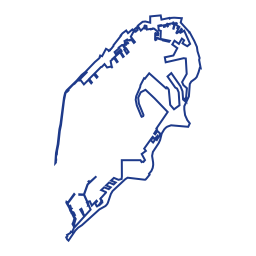 outline of Port Alexandria Police Department, Al Iskandariyah, Egypt
{"feature_id": "37247803B3923529194747", "entity_name": "Port Alexandria Police Department", "entity_type": "district", "adm_level": 2, "iso_a3": "EGY", "parent_name": "Egypt", "parent_adm1": "Al Iskandariyah", "projection": "equal_earth", "projection_center": [29.857, 31.18], "detail": "fine", "context": "isolated", "style": "outline", "palette": "blue", "viewbox_px": 256, "rotation_deg": 0, "n_neighbors": 0, "source": "geoboundaries", "source_scale": "gbopen_adm2", "svg_char_len": 5677}
<svg xmlns="http://www.w3.org/2000/svg" viewBox="0 0 256 256"><path d="M200.7,68.2L199.1,59.9L199.6,58.0L197.5,51.2L196.9,46.9L194.3,41.0L189.6,32.2L189.2,32.4L188.8,31.5L180.7,22.5L181.8,18.2L174.2,17.7L171.2,17.9L169.7,18.6L169.5,17.9L161.5,19.6L160.7,15.4L150.2,16.4L150.2,22.7L145.4,21.5L142.6,21.8L138.5,25.1L137.7,26.0L137.9,26.4L133.0,30.5L132.3,29.5L128.0,33.1L126.2,30.5L122.5,33.3L120.7,35.4L121.0,35.7L113.5,45.2L113.5,45.9L111.1,49.0L110.3,49.4L110.1,50.3L108.8,51.0L108.4,50.2L106.0,48.8L102.1,56.2L100.2,55.5L99.7,56.9L99.9,57.2L99.2,58.3L94.8,62.1L85.4,71.9L81.6,75.0L76.7,80.6L66.6,90.4L65.1,92.9L64.0,97.6L60.5,124.2L59.4,129.2L57.7,144.3L56.0,153.0L55.3,163.2L55.9,162.5L55.7,161.7L56.1,160.9L56.2,159.0L55.9,158.6L56.2,155.4L56.8,154.5L57.1,150.7L58.4,144.2L59.8,130.9L61.0,125.0L64.0,100.5L65.4,93.5L66.8,90.9L67.4,91.5L68.5,90.4L68.1,89.8L73.0,84.7L74.5,83.8L84.5,73.2L86.2,71.7L86.7,72.4L78.9,80.3L79.1,80.6L80.6,80.1L83.9,84.4L88.5,79.8L91.2,83.3L91.9,82.5L89.2,78.9L93.9,74.2L96.7,77.7L97.5,76.8L94.7,73.4L101.0,67.0L101.8,66.9L104.5,64.1L107.1,67.5L110.6,66.6L112.6,67.8L111.8,66.9L110.6,61.0L112.6,59.3L112.4,59.0L113.9,57.7L116.9,62.2L117.6,61.7L114.6,57.0L120.1,52.3L123.0,57.0L123.7,56.5L120.7,51.8L121.6,51.1L120.7,49.7L115.7,54.0L114.6,52.1L119.1,48.2L118.7,47.6L122.0,45.0L122.6,45.0L125.1,48.9L124.3,49.6L126.9,53.7L128.6,52.0L126.2,48.4L125.7,48.7L123.5,45.3L124.3,44.5L124.8,44.8L124.8,43.8L125.6,44.2L125.3,43.1L125.9,43.1L127.0,44.7L126.3,43.2L127.9,43.2L128.6,44.0L128.0,43.0L125.4,42.9L124.5,41.1L126.5,39.9L127.0,41.0L127.4,40.8L127.1,39.9L127.4,39.7L127.8,40.6L129.5,40.0L129.9,40.4L131.1,39.3L133.9,42.9L134.9,42.0L130.8,36.7L132.9,32.8L135.2,30.7L135.8,31.6L137.6,30.0L137.1,29.1L138.8,27.5L140.8,30.6L144.3,27.4L145.7,29.5L144.4,27.4L144.4,26.1L144.9,25.5L146.4,25.9L146.9,29.5L150.8,28.9L151.1,30.3L150.9,29.0L152.6,29.0L153.0,28.4L154.2,28.7L157.6,31.6L158.3,33.3L158.1,35.2L156.4,35.2L156.5,33.4L155.6,33.0L155.2,33.4L155.1,39.6L155.4,40.1L156.3,39.7L156.3,37.8L157.9,37.9L158.2,38.7L162.5,39.9L162.8,40.4L169.1,41.8L169.8,40.8L160.5,38.9L160.8,30.9L159.2,30.4L158.7,29.8L158.3,25.7L159.6,25.4L159.7,26.0L160.6,25.9L160.5,25.2L161.0,25.1L161.2,25.7L163.7,25.3L164.0,26.9L164.6,26.8L164.4,25.2L165.9,24.9L166.1,25.8L167.1,25.6L166.9,24.1L167.2,24.0L167.7,26.3L167.9,26.2L167.8,23.9L169.2,24.3L169.1,23.9L171.8,23.4L173.3,22.9L173.4,22.4L174.1,22.4L173.6,22.5L173.0,24.0L173.6,24.3L174.0,23.3L174.6,23.4L173.3,28.6L173.6,28.7L175.1,23.3L176.1,23.5L176.3,23.1L176.8,23.4L176.2,24.9L179.4,27.0L178.6,28.4L177.5,27.7L177.3,28.2L178.3,28.9L176.4,32.8L176.9,33.2L179.7,31.3L181.3,28.9L181.9,29.4L179.8,32.3L180.4,32.8L184.2,30.7L190.1,43.9L187.3,46.2L184.0,44.3L182.5,43.3L184.1,40.3L181.9,38.6L178.9,43.9L174.5,40.7L172.3,44.5L177.3,48.1L173.4,55.5L164.8,57.3L165.7,62.3L183.7,58.2L185.8,58.5L186.7,73.9L182.1,82.1L183.4,85.1L186.9,88.2L186.1,97.7L187.0,99.1L186.8,99.6L185.4,98.2L186.7,99.8L186.4,100.4L185.0,98.6L184.9,98.7L186.0,100.0L186.1,100.8L184.7,98.9L186.0,101.0L185.2,101.3L183.1,99.5L182.5,91.3L180.5,86.3L171.3,73.1L167.5,76.5L175.2,87.5L177.1,88.6L178.7,92.3L179.5,105.3L174.0,109.3L170.2,104.9L168.8,89.7L167.4,87.7L166.6,87.3L166.0,88.3L149.2,73.3L144.9,78.7L144.1,78.2L140.5,85.1L140.1,87.3L136.2,96.3L135.7,99.8L136.8,105.4L141.4,116.5L141.7,116.8L143.2,116.1L143.5,115.0L138.9,103.7L138.2,97.7L140.7,92.3L145.5,89.8L154.5,98.3L167.7,112.0L156.4,128.5L157.0,129.1L154.2,133.5L155.2,134.3L157.4,131.0L160.5,133.9L156.8,140.0L155.7,139.0L157.2,136.9L157.2,136.2L154.8,138.8L152.7,136.8L152.0,137.7L152.5,138.1L152.9,137.7L155.1,139.7L153.1,142.5L150.9,140.4L151.9,138.9L151.4,138.5L144.2,148.6L145.9,150.9L141.7,154.0L145.0,160.1L142.9,162.6L143.4,161.8L143.2,161.5L141.6,162.1L140.5,160.2L121.8,160.2L121.9,176.4L121.6,179.0L118.5,179.8L113.9,177.9L111.0,180.6L115.7,182.5L113.6,184.5L109.1,182.5L106.1,185.4L110.7,187.3L108.8,189.2L104.2,187.3L101.2,190.1L105.8,192.0L106.0,192.5L100.3,198.8L101.4,200.9L101.3,199.8L102.1,200.7L102.3,202.2L101.4,202.2L101.7,202.8L101.1,203.1L100.8,202.5L100.5,202.7L101.0,203.7L100.3,204.1L99.9,203.5L100.1,204.2L99.8,204.7L99.5,204.2L97.4,206.3L96.8,206.4L95.2,203.3L97.0,201.3L96.5,200.7L91.8,205.6L89.5,200.5L89.6,201.1L87.6,202.3L84.1,194.6L87.7,184.5L96.4,176.3L89.6,182.3L88.9,181.2L88.5,181.5L89.4,182.6L87.5,184.4L83.9,194.5L79.3,194.3L79.3,194.8L84.0,194.9L87.3,202.2L87.0,202.4L87.9,203.4L87.5,203.6L87.7,204.1L88.1,203.8L88.4,204.7L88.2,205.3L88.6,205.1L90.6,209.6L84.6,216.2L82.6,212.3L82.9,212.0L81.4,208.8L80.2,209.6L84.3,216.5L75.2,226.6L74.1,224.2L75.7,218.9L73.8,215.8L74.9,215.1L74.7,214.8L73.7,215.6L73.2,214.6L74.2,213.9L73.8,213.5L73.9,213.9L73.1,214.4L72.6,213.4L73.7,212.7L73.5,212.4L72.5,213.1L70.6,209.3L71.7,208.5L71.5,208.3L70.5,209.0L70.0,208.0L70.8,207.2L69.9,207.8L69.3,206.9L70.5,206.2L70.3,205.8L69.2,206.6L67.6,203.6L74.5,194.4L74.1,194.0L67.5,203.2L67.1,202.0L66.5,201.7L66.3,202.6L69.4,208.0L70.0,209.9L70.2,209.7L71.5,213.1L71.8,213.1L74.4,218.5L73.4,222.0L72.5,224.0L74.1,227.0L73.5,229.0L71.9,232.2L70.9,231.7L70.1,233.2L67.0,234.9L67.5,235.9L67.2,236.7L66.2,237.3L67.2,239.4L68.5,240.6L75.3,230.6L78.1,227.7L81.9,225.2L99.4,209.4L105.5,206.0L107.2,204.1L107.9,202.7L110.9,193.9L112.6,191.0L125.4,179.1L127.6,177.7L144.5,179.7L145.5,179.6L146.7,178.3L149.6,174.7L149.0,173.8L151.4,170.9L152.7,167.9L153.2,164.9L153.1,162.4L152.1,155.9L152.9,151.9L158.7,143.1L160.1,140.0L161.7,133.6L164.2,129.4L165.8,127.7L167.2,126.7L171.1,125.3L188.2,126.8L189.8,123.4L187.3,120.1L185.1,115.2L184.3,109.5L184.3,106.2L188.9,96.4L189.8,84.0L191.2,81.6L195.3,78.6L196.7,77.0L198.5,72.4L199.8,67.9L200.7,68.2Z" fill="none" stroke="#1e3a8a" stroke-width="2"/></svg>